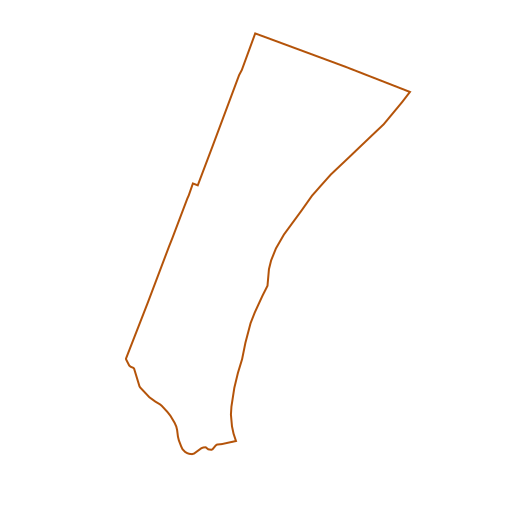 Cameron, Louisiana, United States of America (Albers equal-area conic projection), rotated 291°
{"feature_id": "52423323B69509517878544", "entity_name": "Cameron", "entity_type": "district", "adm_level": 2, "iso_a3": "USA", "parent_name": "United States of America", "parent_adm1": "Louisiana", "projection": "albers", "projection_center": [-93.515, 29.819], "detail": "fine", "context": "isolated", "style": "outline", "palette": "amber", "viewbox_px": 512, "rotation_deg": 291, "n_neighbors": 0, "source": "geoboundaries", "source_scale": "gbopen_adm2", "svg_char_len": 1032}
<svg xmlns="http://www.w3.org/2000/svg" viewBox="0 0 512 512"><g transform="rotate(291 256 256)"><path d="M424.6,176.1L418.9,175.4L343.0,176.1L301.1,176.3L301.1,171.1L288.5,171.5L285.1,171.3L242.8,171.5L233.6,171.4L173.8,171.7L113.6,171.4L112.9,171.8L108.3,176.9L107.7,178.6L107.6,181.7L107.1,182.6L92.6,193.9L91.8,194.9L85.9,207.1L84.0,214.2L83.1,219.5L82.4,221.6L78.7,229.1L76.2,233.3L71.1,239.8L70.8,240.1L68.2,242.7L65.3,244.7L59.5,247.8L56.3,250.0L51.4,254.4L49.3,256.6L47.7,260.0L47.3,262.4L47.4,264.6L48.1,267.3L49.4,269.0L57.0,273.9L58.4,275.5L59.4,277.6L58.4,280.7L59.1,283.8L60.0,284.7L64.7,286.3L66.0,287.2L68.1,291.4L76.1,303.6L82.1,298.7L88.4,294.6L99.0,289.4L106.7,287.0L125.2,283.0L140.5,281.0L154.7,280.0L171.3,277.2L191.4,275.0L202.9,275.1L221.4,276.3L232.3,277.4L248.4,272.8L257.3,271.7L270.2,271.9L286.1,274.4L314.3,282.1L332.4,286.7L344.5,291.2L359.0,296.7L380.5,307.0L410.3,321.1L424.7,328.0L452.2,337.3L464.3,340.9L464.7,272.1L463.5,175.5L424.6,176.1Z" fill="none" stroke="#b45309" stroke-width="2"/></g></svg>